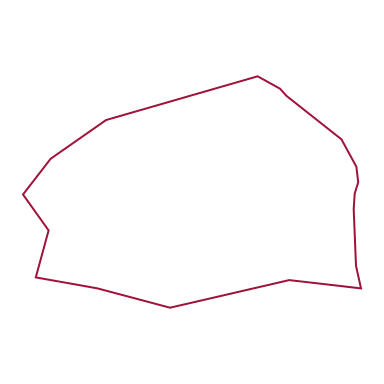 SVG path tracing the border of South Tyneside
{"feature_id": "GBR-5663", "entity_name": "South Tyneside", "entity_type": "Metropolitan Borough", "adm_level": 1, "iso_a3": "GBR", "parent_name": "United Kingdom", "parent_adm1": "", "projection": "robinson", "projection_center": [-1.427, 54.955], "detail": "fine", "context": "isolated", "style": "outline", "palette": "rose", "viewbox_px": 384, "rotation_deg": 0, "n_neighbors": 0, "source": "natural_earth", "source_scale": "10m", "svg_char_len": 346}
<svg xmlns="http://www.w3.org/2000/svg" viewBox="0 0 384 384"><path d="M257.6,76.3L280.0,88.7L286.5,95.9L341.5,139.4L356.4,166.8L358.2,182.3L354.7,193.6L353.7,209.1L356.0,265.8L361.0,288.4L289.2,280.1L170.0,307.7L97.5,288.4L35.8,277.4L48.6,230.4L23.0,194.5L50.7,158.7L106.1,120.0L257.6,76.3Z" fill="none" stroke="#9f1239" stroke-width="2"/></svg>